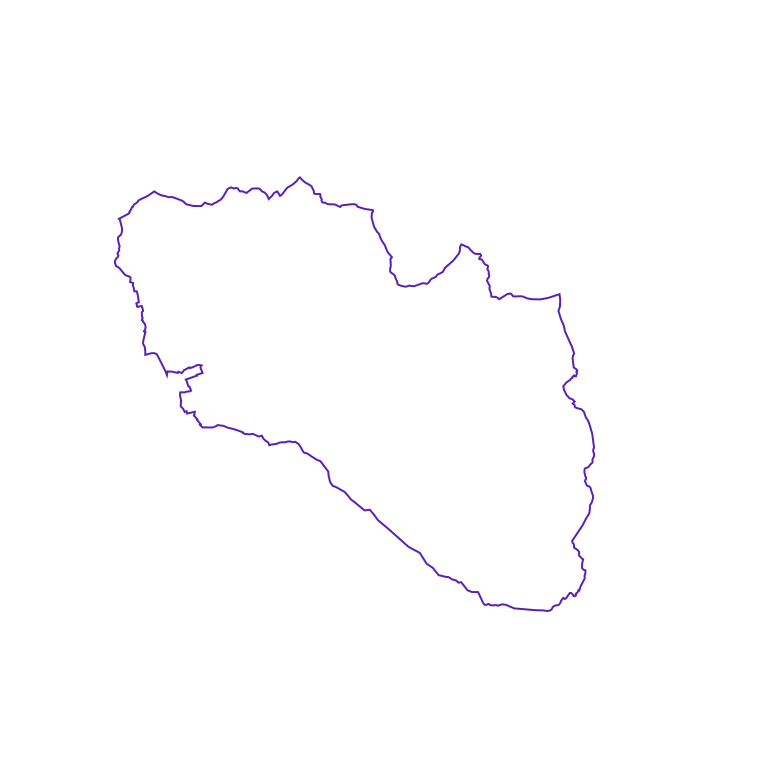 outline of Calinesti, Maramures, Romania, rotated 332°
{"feature_id": "2599482B5531512518944", "entity_name": "Calinesti", "entity_type": "district", "adm_level": 2, "iso_a3": "ROU", "parent_name": "Romania", "parent_adm1": "Maramures", "projection": "albers", "projection_center": [24.007, 47.766], "detail": "fine", "context": "isolated", "style": "outline", "palette": "violet", "viewbox_px": 768, "rotation_deg": 332, "n_neighbors": 0, "source": "geoboundaries", "source_scale": "gbopen_adm2", "svg_char_len": 6166}
<svg xmlns="http://www.w3.org/2000/svg" viewBox="0 0 768 768"><g transform="rotate(332 384 384)"><path d="M581.1,387.1L569.1,385.0L561.6,382.6L554.1,378.4L550.6,375.6L547.7,372.0L545.9,370.7L540.0,367.8L539.2,367.1L538.7,364.5L537.7,363.3L535.3,362.5L525.5,363.2L524.7,361.0L523.7,359.8L522.9,359.1L520.3,357.8L519.9,357.0L521.0,354.4L521.7,349.7L523.4,347.1L523.4,341.1L525.0,339.6L526.9,338.9L527.7,337.8L528.1,336.1L529.0,334.4L529.3,333.2L529.2,331.0L531.0,329.2L531.2,328.2L529.3,325.7L528.8,320.1L526.9,318.5L526.9,317.9L527.3,317.6L530.1,316.1L530.0,314.4L525.7,311.9L524.4,309.8L523.3,306.2L522.8,303.8L522.0,301.9L521.0,301.3L518.1,297.2L517.6,297.1L515.3,298.9L513.7,301.8L511.4,304.0L502.9,307.6L492.5,310.1L488.4,312.7L482.6,312.5L479.8,313.8L475.5,313.4L474.2,313.7L471.5,315.2L469.8,315.7L468.6,315.5L466.3,313.6L465.1,313.1L456.2,311.7L452.5,309.0L448.7,308.3L444.8,304.9L443.2,303.0L442.9,301.8L443.7,299.9L443.8,296.0L444.4,294.0L444.2,292.3L442.3,288.5L442.3,287.4L443.1,285.8L445.5,282.8L448.5,276.5L450.5,275.8L449.1,268.7L449.9,261.7L449.5,258.3L449.4,255.1L449.5,253.0L450.1,249.0L449.3,246.3L449.1,240.5L451.1,231.3L453.7,227.2L455.3,226.6L455.8,225.3L449.1,220.3L445.0,216.2L443.9,215.1L443.8,213.0L443.4,212.3L440.8,210.5L430.8,206.5L428.4,207.1L424.9,202.4L418.9,198.9L416.8,196.0L415.0,194.9L414.8,194.4L415.0,192.5L415.6,191.9L415.8,191.2L415.7,188.6L416.5,187.7L416.8,186.6L416.6,186.1L413.3,184.5L412.0,183.4L411.7,182.7L412.6,180.8L412.8,175.6L412.3,174.2L408.9,168.9L407.4,164.9L406.8,162.1L405.2,162.3L402.6,163.6L399.8,164.4L396.1,165.1L390.8,165.2L382.8,168.8L380.5,169.1L380.3,164.0L379.8,163.8L376.9,163.7L373.7,165.2L369.1,166.6L369.4,162.7L369.0,160.4L368.3,158.7L366.6,156.4L366.0,153.6L364.8,152.3L359.5,149.6L352.2,150.7L349.5,147.4L347.2,146.3L346.7,144.1L346.8,142.7L345.3,141.4L343.2,140.9L341.3,138.6L337.5,138.4L330.5,142.8L327.6,144.2L325.2,144.8L323.9,144.5L321.7,145.0L318.8,144.6L316.5,145.0L313.1,142.4L310.9,139.7L307.5,140.9L306.0,141.0L299.5,137.5L294.3,133.0L292.9,130.5L292.9,129.3L291.1,126.5L284.8,119.5L281.3,117.8L279.3,115.6L276.1,113.0L273.3,109.3L271.6,106.1L263.7,107.0L255.1,106.6L253.2,106.8L251.3,107.8L247.4,108.2L245.0,109.9L244.4,109.6L242.1,111.5L239.9,112.5L239.8,113.3L238.9,113.7L227.5,113.7L227.9,115.0L225.9,123.2L224.7,125.7L222.7,128.0L221.1,129.0L220.1,129.0L217.8,129.9L216.9,131.8L216.0,134.4L215.5,137.5L214.9,138.7L213.7,139.9L213.0,141.7L209.9,143.6L209.9,145.6L208.7,146.9L206.5,147.5L204.1,149.2L203.4,150.4L202.8,154.0L204.0,155.8L204.9,157.9L206.3,165.0L206.8,166.5L209.7,169.7L210.1,170.8L210.0,171.5L207.7,174.8L209.9,177.1L208.6,179.0L208.3,180.8L207.1,185.0L209.2,186.1L208.3,190.1L205.9,196.7L203.2,196.5L203.0,196.8L202.9,198.5L202.3,199.7L202.7,200.3L206.7,201.3L206.0,205.3L205.5,206.4L204.4,206.7L203.4,207.6L202.0,211.0L201.9,212.4L200.2,213.8L200.8,214.7L200.4,216.4L201.1,218.0L200.8,220.0L200.1,222.1L198.1,224.3L196.9,224.6L197.0,225.7L197.7,226.1L192.1,232.4L190.4,234.8L190.1,236.1L190.2,238.9L188.5,243.3L186.9,246.2L193.0,247.6L195.9,249.1L197.4,251.1L197.3,261.4L197.0,270.4L196.5,274.3L198.8,271.3L202.6,273.6L207.1,277.4L208.1,276.6L210.5,279.3L212.6,278.7L213.7,277.9L220.1,278.0L220.2,278.9L223.2,279.4L227.9,279.6L230.2,280.6L231.6,282.0L230.2,282.7L229.6,283.5L229.0,289.1L222.9,288.0L222.8,288.8L211.1,287.0L211.2,288.3L210.2,294.3L211.1,295.2L210.8,297.0L210.6,299.3L209.0,299.3L206.1,298.0L204.5,298.0L200.2,295.7L198.5,298.2L197.1,303.3L194.0,308.4L195.0,311.6L194.9,315.2L196.9,315.4L196.3,317.7L203.9,319.7L202.3,322.0L201.4,322.5L202.6,327.7L202.0,327.9L203.3,333.6L202.3,333.7L203.4,337.1L212.2,341.9L216.4,342.5L217.7,342.1L222.5,345.5L226.0,349.7L228.8,352.0L232.5,355.7L236.6,360.3L236.8,360.6L236.5,361.2L238.1,363.2L239.4,363.7L241.5,365.3L244.8,366.4L248.5,371.3L249.7,371.9L251.9,372.3L251.8,375.3L252.5,377.9L254.4,381.3L254.0,384.3L255.7,384.5L261.3,386.5L263.9,386.6L267.0,387.7L269.2,389.1L271.3,389.4L274.0,390.5L276.2,392.6L278.5,393.4L280.4,396.9L280.8,400.3L280.8,405.1L281.1,406.9L283.9,409.7L285.8,413.6L289.3,419.7L291.6,422.2L293.7,435.1L292.0,439.1L290.7,444.1L290.4,445.9L291.0,450.1L293.0,452.1L298.6,460.9L299.8,465.8L300.6,470.4L302.6,474.7L307.5,486.5L312.4,488.4L313.8,494.6L314.7,501.3L319.7,513.6L329.2,539.3L336.3,549.9L337.3,562.9L340.7,569.1L342.5,578.4L348.1,583.4L350.3,584.8L352.7,588.8L355.4,591.3L356.4,594.3L359.1,595.2L360.9,605.3L364.0,609.0L369.4,611.9L368.8,622.8L368.9,625.7L370.6,627.1L372.4,627.0L373.5,627.7L373.9,629.1L376.8,630.9L379.2,631.8L380.4,633.2L384.7,633.9L388.0,636.2L393.7,643.3L412.0,655.1L418.2,658.6L421.6,661.1L423.0,661.7L425.9,661.9L428.6,660.0L431.7,660.0L433.0,660.7L434.8,661.0L437.4,659.8L438.2,658.7L441.7,657.0L442.2,657.5L442.5,658.5L444.0,658.8L449.7,655.8L450.5,656.0L451.3,656.6L452.0,659.2L451.8,660.1L452.6,660.9L454.4,660.7L454.6,659.5L455.3,659.1L456.7,659.0L458.1,658.1L459.0,658.2L459.1,657.2L460.3,657.3L462.4,655.1L470.0,649.9L471.0,647.5L473.0,645.6L474.4,643.2L473.1,641.8L472.4,640.1L472.6,639.2L474.7,635.5L477.6,632.2L476.9,631.5L476.5,629.6L475.9,628.0L475.8,626.7L476.0,626.0L477.1,624.9L477.5,623.0L476.2,619.8L475.0,617.8L475.8,616.4L476.2,615.1L476.3,613.8L475.9,612.7L476.6,610.8L492.8,602.1L499.5,597.5L504.2,594.9L506.0,592.6L509.2,587.6L511.1,586.6L513.4,584.7L515.0,582.7L516.1,580.7L516.8,575.9L517.5,572.9L517.4,571.6L516.9,570.5L515.8,569.5L515.5,567.9L515.8,564.4L516.4,563.4L517.7,562.8L518.5,561.4L518.4,560.3L519.2,557.0L520.1,554.9L521.0,553.5L522.1,552.9L525.5,553.4L528.1,552.0L531.2,551.2L531.6,550.8L532.6,548.5L535.4,546.5L536.8,544.4L536.8,543.1L537.6,540.5L539.6,538.8L544.5,525.6L546.4,516.5L547.0,512.0L546.5,508.2L547.5,502.6L546.4,499.0L543.0,495.8L542.1,494.7L541.8,493.8L542.4,491.9L541.5,489.9L544.1,489.0L543.2,486.1L541.1,483.6L540.0,479.4L540.2,473.6L541.2,470.2L545.8,468.3L550.6,467.7L551.9,467.0L553.1,467.1L553.7,466.2L555.9,465.7L556.2,467.0L557.1,467.3L559.4,465.1L559.6,463.6L560.4,463.5L560.7,463.1L561.0,461.9L559.3,458.5L562.6,449.8L564.1,447.9L566.2,446.3L567.4,439.3L568.5,422.5L570.2,416.7L570.7,409.6L572.4,401.3L575.7,398.2L579.3,392.1L581.1,387.1Z" fill="none" stroke="#5b21b6" stroke-width="2"/></g></svg>